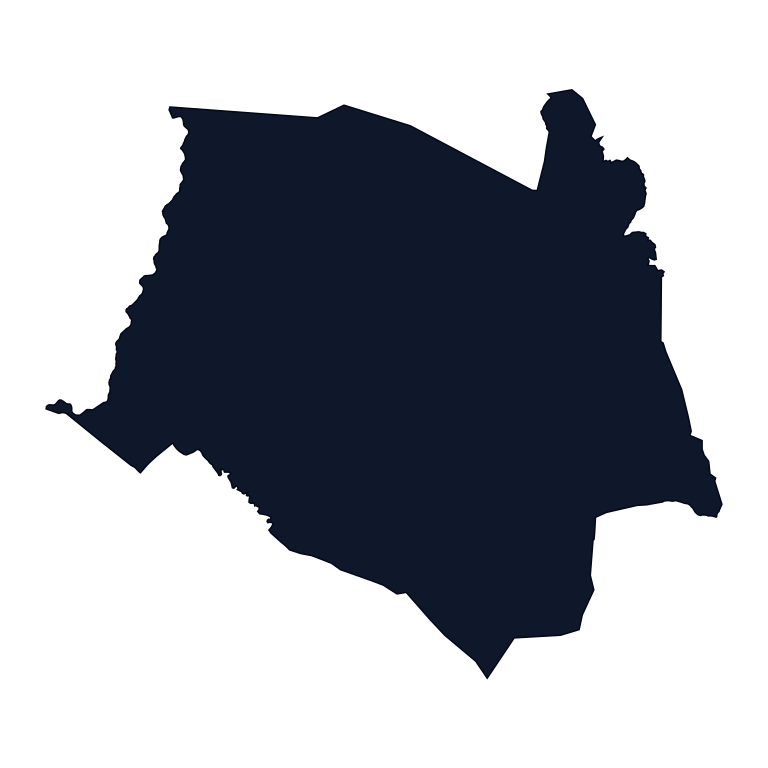 Santa María Zacatepec, Oaxaca, Mexico
{"feature_id": "50627088B32232692879146", "entity_name": "Santa María Zacatepec", "entity_type": "district", "adm_level": 2, "iso_a3": "MEX", "parent_name": "Mexico", "parent_adm1": "Oaxaca", "projection": "mercator", "projection_center": [-98.002, 16.768], "detail": "fine", "context": "isolated", "style": "filled", "palette": "ink", "viewbox_px": 768, "rotation_deg": 0, "n_neighbors": 0, "source": "geoboundaries", "source_scale": "gbopen_adm2", "svg_char_len": 6090}
<svg xmlns="http://www.w3.org/2000/svg" viewBox="0 0 768 768"><path d="M46.1,408.9L58.5,413.3L60.6,413.0L62.4,412.5L65.2,413.0L66.4,413.5L100.7,441.3L131.0,465.3L134.8,467.3L138.7,471.4L140.4,472.8L146.9,465.3L149.0,463.1L155.9,456.7L172.8,442.9L173.9,445.1L176.5,448.6L179.4,451.4L184.1,454.4L186.4,454.9L193.1,452.2L194.9,451.1L197.0,449.4L198.4,449.6L200.4,450.7L201.7,452.5L203.1,455.7L206.0,458.7L208.1,460.5L209.0,461.5L208.8,461.6L210.0,463.2L212.5,465.0L213.1,466.8L218.1,473.4L218.8,475.3L219.9,475.6L221.3,474.6L221.5,473.7L221.0,472.5L221.0,471.5L221.1,469.6L221.4,469.1L223.8,470.0L224.2,471.0L224.2,471.7L224.6,472.1L228.9,472.1L230.7,473.5L230.2,474.5L228.0,475.8L228.1,477.2L231.2,482.4L232.4,487.8L233.6,488.2L234.1,488.0L236.6,485.4L238.2,488.3L237.3,489.5L241.5,491.6L242.5,493.3L243.8,493.9L247.6,492.6L246.8,494.1L246.5,495.5L247.5,495.9L249.0,495.4L249.5,496.6L249.6,498.1L249.3,498.7L249.0,502.1L249.1,502.4L250.9,503.3L252.8,503.1L254.4,503.5L254.7,505.9L255.5,505.5L258.1,506.8L259.2,506.7L259.1,509.7L257.7,511.4L259.6,513.7L266.3,514.9L270.2,516.5L270.9,518.2L270.6,519.3L270.0,519.5L268.7,519.2L268.1,519.5L267.5,520.5L267.1,521.6L267.9,522.7L269.5,522.3L271.5,522.5L272.8,523.1L273.1,523.5L271.6,526.9L268.9,530.1L270.1,531.6L270.6,532.7L280.7,541.8L285.5,545.8L289.8,550.0L301.0,553.6L311.7,555.6L331.4,563.2L340.5,569.7L369.9,580.1L383.2,585.1L397.0,593.9L406.2,592.4L429.9,619.4L444.8,635.3L475.8,661.3L487.2,678.2L514.2,637.9L560.7,635.2L579.1,629.6L582.3,614.9L593.8,589.9L590.3,575.4L593.0,540.5L594.1,539.1L594.7,531.7L595.5,517.3L606.5,512.4L637.0,505.4L646.6,504.8L662.8,501.9L663.8,501.1L667.2,500.6L669.6,500.7L672.3,501.2L675.9,500.6L681.4,502.2L684.3,503.2L687.7,503.8L689.1,504.5L690.4,505.5L691.5,507.0L692.6,507.8L695.1,512.0L696.7,513.6L697.8,514.5L700.0,515.4L701.4,515.3L702.7,514.8L703.7,515.0L705.5,515.0L707.3,515.4L708.4,516.0L709.7,515.8L712.6,516.1L716.1,517.1L716.7,516.6L716.7,515.9L717.0,513.9L718.1,512.2L718.9,511.6L719.6,509.5L721.9,504.3L714.7,481.1L715.6,478.0L710.0,474.0L708.7,461.4L704.1,455.2L702.1,449.1L702.1,440.6L689.9,435.4L691.2,431.2L688.2,416.6L681.7,389.8L665.9,352.0L663.1,343.0L660.8,341.5L661.4,276.8L663.3,275.8L662.8,273.6L664.1,271.8L661.6,270.0L657.6,270.6L656.0,267.5L654.8,265.6L651.8,265.7L647.8,265.3L648.6,263.2L649.1,260.9L647.6,258.8L649.4,257.5L652.4,259.3L654.4,259.9L656.2,259.3L655.5,252.8L654.7,250.7L654.3,248.8L655.5,247.2L654.9,244.6L652.2,242.6L650.2,240.3L648.0,240.2L648.3,237.7L645.8,236.4L645.7,233.6L643.5,232.5L641.4,232.5L638.9,231.8L632.3,232.5L629.8,234.8L626.3,236.0L623.3,236.1L623.7,233.2L624.9,231.0L625.7,229.2L627.8,227.1L629.0,223.6L630.6,222.1L631.2,220.2L633.3,217.9L634.4,215.6L635.4,212.6L636.7,210.3L639.0,209.6L641.1,208.4L643.6,206.5L644.5,203.3L645.4,196.2L646.1,193.7L644.9,190.2L646.0,188.0L644.1,186.0L643.9,183.4L644.9,181.3L644.4,179.2L643.4,176.9L643.4,174.5L641.3,173.1L640.7,170.5L639.2,168.8L639.0,166.1L635.5,162.6L632.9,161.1L629.9,160.0L627.5,157.8L625.5,159.8L623.3,161.3L621.4,161.3L619.3,160.6L616.4,160.1L611.4,162.7L610.0,160.4L607.8,161.5L606.0,160.4L603.1,161.7L603.4,156.0L602.1,151.3L603.9,149.1L602.4,147.2L599.8,146.0L598.9,144.1L598.8,142.0L602.2,137.1L599.9,138.0L597.2,139.4L595.2,140.9L590.9,136.5L595.4,124.7L582.6,98.5L571.9,89.8L547.8,94.0L551.2,97.3L550.0,99.2L548.9,100.0L548.5,100.7L547.6,101.4L545.3,104.5L543.7,106.8L542.4,110.2L541.0,111.4L541.1,112.6L541.4,113.9L542.9,116.9L543.1,118.8L545.5,122.2L545.8,124.1L546.7,125.8L546.9,126.8L546.7,128.6L548.4,130.2L549.3,132.1L546.4,148.0L544.5,161.4L537.2,190.6L532.1,190.3L410.3,125.8L344.0,105.2L317.5,117.9L169.9,107.0L169.1,109.9L170.2,112.0L170.8,113.9L171.2,114.1L172.5,117.8L173.1,118.0L174.0,117.9L177.9,116.7L180.2,116.4L181.5,117.0L182.9,119.3L183.5,122.2L183.6,124.6L184.3,126.1L188.3,129.7L188.9,132.4L188.4,133.7L188.5,134.2L186.5,136.3L184.9,139.6L184.5,141.4L183.7,142.8L182.9,145.2L181.4,147.0L180.7,148.3L181.0,148.9L181.7,149.3L183.4,151.6L184.7,154.0L185.3,156.6L185.5,158.4L185.8,158.8L185.4,159.9L184.3,161.5L182.4,163.6L182.3,164.5L181.2,166.0L180.5,169.5L180.7,170.9L181.7,172.9L183.1,175.2L183.7,179.2L182.9,181.2L180.5,184.1L180.2,184.7L180.1,187.4L179.7,188.1L179.8,188.9L179.5,191.8L176.9,193.6L176.1,194.4L175.6,195.2L174.4,196.3L173.2,198.4L172.6,199.9L171.2,201.4L168.9,203.7L167.0,204.7L166.8,205.2L165.4,206.0L164.7,207.4L162.5,211.2L162.5,211.7L163.4,212.1L162.7,213.4L163.0,214.1L163.2,215.4L164.4,217.6L165.1,218.3L166.5,223.3L168.0,224.5L168.9,226.3L169.0,229.1L167.3,232.5L166.9,234.5L165.5,235.8L164.3,236.0L162.0,237.3L160.3,239.1L159.8,241.1L159.9,242.3L159.5,243.9L159.3,245.9L159.2,250.6L158.1,252.7L155.9,254.4L155.4,255.1L155.1,256.0L154.1,256.8L153.6,258.9L154.2,260.6L154.2,262.1L154.6,263.9L155.9,266.2L156.2,267.9L157.1,269.5L155.5,272.8L152.6,275.0L147.6,275.6L145.7,275.6L144.5,276.0L144.0,276.2L143.5,276.9L140.2,279.7L139.8,280.9L139.8,283.3L140.5,283.9L140.7,284.4L142.1,285.6L143.1,286.8L143.5,288.7L143.5,289.6L142.6,292.8L141.4,294.9L140.5,295.1L139.6,296.1L138.3,298.1L137.8,299.4L132.1,305.2L129.6,306.1L129.0,306.8L128.9,307.6L126.9,308.6L126.1,309.9L126.1,311.4L126.3,312.0L127.8,313.4L129.4,316.3L130.3,318.4L131.1,318.8L131.7,320.0L131.0,324.8L129.5,326.9L126.2,328.9L120.9,333.9L119.7,337.5L119.6,338.6L116.6,341.8L115.9,343.1L115.8,344.3L116.6,347.0L116.4,349.4L117.0,350.6L117.3,352.3L116.4,353.8L116.1,356.9L115.9,357.6L115.8,359.5L116.3,361.1L116.0,363.6L116.2,366.7L115.5,367.1L115.5,368.5L113.1,371.4L110.8,375.8L110.5,379.1L109.8,379.4L109.4,380.3L109.4,381.1L109.0,382.7L109.3,384.9L109.9,386.0L110.2,387.7L109.9,391.8L108.4,395.0L108.4,396.1L108.2,398.8L107.7,400.5L107.0,401.6L106.5,401.9L104.3,402.6L103.6,402.6L93.5,409.4L92.2,409.9L90.9,409.9L90.1,409.6L86.8,409.6L82.4,413.4L79.8,415.2L75.7,415.1L72.6,413.0L71.9,411.5L71.6,410.0L71.8,408.8L71.6,407.0L71.1,405.5L70.5,404.4L69.9,404.0L68.0,404.0L66.5,403.7L65.8,403.3L63.2,401.2L62.3,400.9L61.1,400.0L59.7,400.0L58.6,400.6L55.5,404.2L53.8,405.1L49.6,404.8L48.7,404.9L47.5,405.6L46.5,406.5L46.1,408.9Z" fill="#0f172a" stroke="#020617" stroke-width="1.5"/></svg>